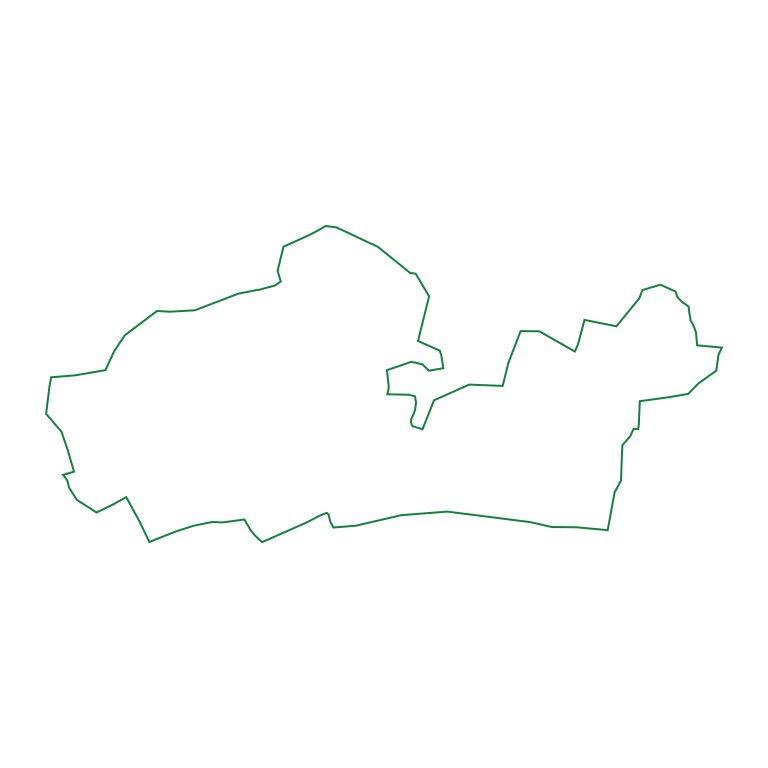 Kazaure, Jigawa, Nigeria (Albers equal-area conic projection)
{"feature_id": "59680162B26576505992161", "entity_name": "Kazaure", "entity_type": "district", "adm_level": 2, "iso_a3": "NGA", "parent_name": "Nigeria", "parent_adm1": "Jigawa", "projection": "albers", "projection_center": [8.533, 12.668], "detail": "fine", "context": "isolated", "style": "outline", "palette": "green", "viewbox_px": 768, "rotation_deg": 0, "n_neighbors": 0, "source": "geoboundaries", "source_scale": "gbopen_adm2", "svg_char_len": 1650}
<svg xmlns="http://www.w3.org/2000/svg" viewBox="0 0 768 768"><path d="M46.1,413.8L61.5,431.8L67.6,449.7L74.0,471.7L63.1,474.8L67.2,480.3L69.0,487.5L76.8,499.8L96.5,512.5L114.5,503.7L126.2,497.1L139.0,520.5L149.4,542.0L160.4,537.5L176.8,531.1L194.2,525.6L212.3,522.0L222.7,522.4L244.4,519.5L246.2,522.8L248.2,525.9L250.3,529.8L253.9,534.3L259.1,539.6L262.4,542.0L306.8,522.4L319.7,515.6L326.8,512.9L328.5,514.5L330.5,522.2L333.5,527.5L355.8,525.7L401.7,515.1L422.7,513.5L447.3,511.6L530.2,522.1L551.8,527.0L577.0,527.3L591.8,528.7L607.7,530.1L614.6,492.3L621.0,480.7L622.0,452.6L622.4,445.2L630.3,436.1L633.6,428.8L636.0,428.9L638.2,429.0L638.8,424.8L639.8,401.2L669.0,397.2L688.1,393.9L698.5,383.4L716.3,370.6L718.5,354.7L721.9,347.6L697.1,345.3L696.0,332.7L694.7,328.6L692.4,323.3L690.6,320.7L689.9,316.2L689.3,312.5L688.7,306.8L685.9,304.6L682.4,302.2L678.3,298.1L677.0,296.1L675.7,291.6L660.4,284.7L642.4,290.1L639.3,298.3L616.4,326.3L584.5,319.9L577.9,344.6L574.8,351.5L539.3,331.3L520.6,331.1L508.3,363.1L502.7,385.9L469.2,384.6L434.0,400.3L422.5,429.2L412.9,426.3L411.7,424.7L411.0,421.8L411.2,419.3L413.5,414.2L415.1,409.9L416.0,402.7L415.0,396.4L408.6,394.7L387.4,394.3L388.8,387.1L386.9,370.2L411.4,361.8L422.4,364.3L429.0,370.7L443.3,368.2L441.2,354.8L439.7,350.6L418.0,341.0L429.1,296.4L415.7,273.7L410.1,272.9L377.7,246.7L366.8,241.7L336.5,227.4L325.4,226.0L320.0,229.4L308.9,235.2L283.5,246.7L277.6,270.9L280.8,281.5L274.9,285.5L259.8,289.6L255.8,290.2L238.3,293.7L194.8,310.3L170.0,311.7L157.0,311.0L124.7,335.4L114.1,351.3L105.5,370.1L75.3,375.3L51.1,377.3L49.4,387.0L46.1,413.8Z" fill="none" stroke="#15803d" stroke-width="2"/></svg>